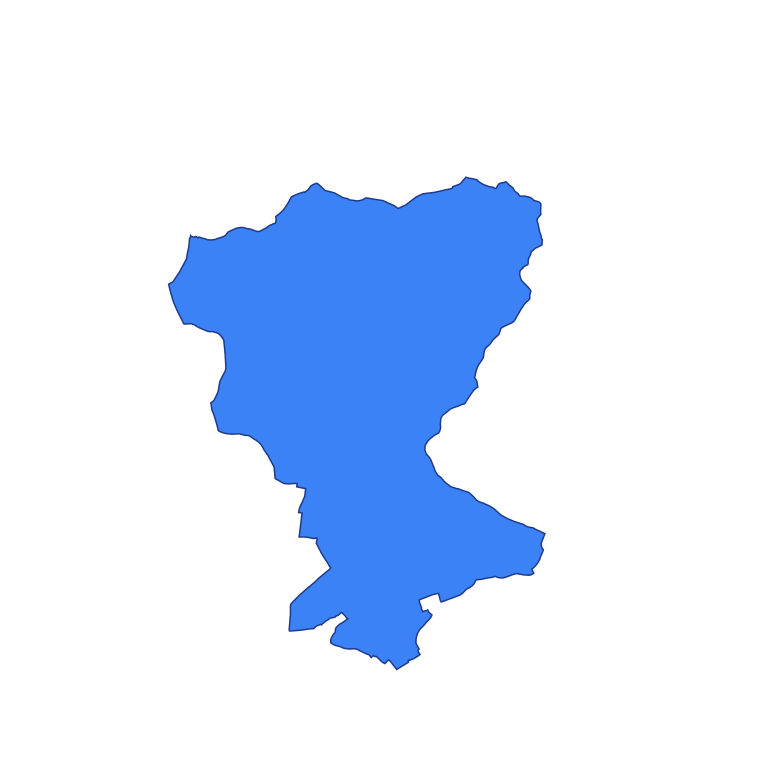 Camarasu, Cluj, Romania (Mercator projection), rotated 317°
{"feature_id": "2599482B70650065954419", "entity_name": "Camarasu", "entity_type": "district", "adm_level": 2, "iso_a3": "ROU", "parent_name": "Romania", "parent_adm1": "Cluj", "projection": "mercator", "projection_center": [24.122, 46.788], "detail": "fine", "context": "isolated", "style": "filled", "palette": "blue", "viewbox_px": 768, "rotation_deg": 317, "n_neighbors": 0, "source": "geoboundaries", "source_scale": "gbopen_adm2", "svg_char_len": 6171}
<svg xmlns="http://www.w3.org/2000/svg" viewBox="0 0 768 768"><g transform="rotate(317 384 384)"><path d="M591.3,298.2L589.2,294.8L586.4,291.3L585.0,288.7L581.1,289.0L576.6,289.6L574.8,289.1L568.8,286.6L568.0,287.3L566.2,286.9L561.2,283.8L551.8,278.4L542.1,271.4L534.9,269.1L522.0,267.9L514.0,265.3L512.9,260.2L508.4,249.3L497.8,235.6L493.5,234.5L489.6,232.2L484.2,225.6L483.8,223.5L482.2,221.6L481.1,219.7L478.0,210.3L475.0,205.5L473.9,204.0L472.8,202.0L472.6,196.4L472.3,193.4L471.7,191.4L471.4,191.1L468.3,189.8L465.6,189.3L460.6,190.2L456.6,189.7L456.5,189.0L451.1,186.4L445.7,184.5L443.7,184.0L437.9,186.0L433.6,187.2L428.7,188.1L423.4,188.2L421.3,187.8L419.3,187.7L418.8,187.9L418.5,188.3L417.9,189.6L415.2,191.8L413.9,192.4L413.0,191.7L409.7,190.4L407.3,189.8L404.4,189.5L397.3,187.6L395.7,186.4L394.7,185.0L392.2,180.0L390.3,177.4L389.8,177.0L388.1,174.0L386.7,172.4L384.3,170.6L382.0,169.3L374.5,166.7L372.9,166.6L369.7,167.2L368.3,167.1L363.9,165.3L361.5,164.0L359.2,163.2L356.4,161.3L353.4,158.3L351.9,155.3L350.8,153.8L348.9,150.3L348.0,150.5L347.6,150.2L347.3,148.3L346.8,147.6L345.9,147.2L345.0,147.0L344.7,146.3L343.7,144.8L343.9,143.6L342.4,144.6L341.1,144.9L335.8,149.7L333.1,151.8L329.0,154.5L325.3,157.6L323.8,158.2L309.6,163.0L307.8,163.3L299.6,165.3L298.9,165.2L294.9,164.1L294.5,164.2L291.8,168.9L287.1,178.0L285.5,181.7L282.9,188.9L278.6,203.5L278.7,203.8L284.1,208.4L285.5,210.9L287.2,216.9L291.2,225.6L292.1,226.7L294.4,228.8L296.9,233.1L297.4,234.7L297.5,236.5L297.3,240.1L296.7,242.7L287.8,254.3L279.0,264.8L276.2,266.5L273.4,267.3L266.3,269.9L263.0,272.2L258.3,275.9L254.9,277.6L248.3,280.1L244.5,279.7L240.4,285.8L238.3,291.2L233.6,300.6L231.1,304.9L231.1,305.7L231.8,307.4L233.2,310.3L234.9,312.8L238.4,316.8L243.5,321.1L244.3,321.9L247.0,326.2L249.8,329.4L250.6,331.1L250.8,333.4L252.1,338.0L252.7,341.6L252.7,342.9L252.6,345.1L252.0,348.1L251.4,350.0L250.3,357.6L249.0,362.2L247.0,369.8L240.0,378.8L240.0,379.5L241.4,383.4L242.4,387.0L243.4,389.1L247.1,392.9L249.7,394.8L252.0,397.0L252.5,397.7L250.0,399.6L255.3,407.1L249.6,412.0L243.3,414.8L241.2,415.5L237.6,417.1L233.8,419.8L236.1,422.5L217.6,438.0L221.3,441.4L224.6,445.3L226.3,448.0L227.9,449.7L230.0,450.8L228.8,452.2L227.2,453.1L226.7,454.1L225.8,454.4L225.1,457.3L224.2,459.8L223.7,462.3L222.7,465.4L220.6,477.1L219.9,479.6L219.7,480.8L219.8,482.2L217.5,482.4L204.1,481.5L199.2,481.7L194.1,481.4L192.6,481.5L190.4,481.1L178.1,480.8L166.8,481.3L165.5,481.6L164.8,482.0L164.1,482.6L158.8,488.4L147.4,498.7L146.4,500.0L146.5,500.3L154.7,506.9L161.4,511.5L165.7,514.9L168.7,514.8L171.0,515.5L173.9,516.7L173.9,517.4L179.9,517.7L182.1,518.3L185.0,518.5L188.5,520.8L189.6,521.2L191.1,521.0L192.4,521.9L197.3,522.1L197.3,524.9L197.5,526.0L197.2,529.5L197.4,530.9L191.4,530.3L187.6,529.4L183.6,529.4L182.5,529.6L180.6,530.7L179.3,532.1L178.7,532.4L176.6,532.5L173.1,533.5L170.5,534.7L170.2,535.3L168.6,536.7L168.6,537.3L169.5,540.7L170.3,542.3L171.8,544.5L173.6,547.7L173.9,548.9L174.9,550.6L177.0,553.0L177.9,554.3L180.0,555.8L181.7,557.4L183.9,560.4L184.1,562.1L185.0,564.0L185.7,566.0L187.2,569.7L188.3,571.5L188.4,572.7L188.0,575.2L191.2,575.6L191.7,577.5L192.6,578.1L193.0,586.5L193.6,587.9L194.0,589.1L199.2,588.9L199.5,590.9L198.6,601.4L212.3,604.2L213.0,602.6L215.4,604.0L218.3,605.1L224.2,606.3L225.9,606.4L226.2,604.1L226.5,602.7L227.7,601.9L229.0,601.7L230.2,596.5L231.2,594.3L231.7,594.4L232.4,593.4L234.9,591.3L237.4,589.8L239.1,589.0L243.0,587.9L247.9,587.7L253.3,587.1L256.8,587.0L260.1,586.4L261.6,585.5L261.3,584.0L261.2,582.0L261.5,580.3L261.9,579.1L260.5,578.7L259.0,577.7L257.0,576.8L257.8,575.0L257.8,574.1L258.1,573.7L258.7,573.5L261.0,568.1L262.5,565.9L275.0,570.8L276.4,571.5L281.1,574.3L277.6,580.7L277.2,582.4L278.5,583.1L295.7,590.2L299.1,590.6L304.1,590.3L306.2,590.9L311.4,591.8L313.0,591.6L316.1,590.7L317.0,590.0L318.2,590.4L322.1,593.3L327.1,596.3L331.1,599.1L334.1,600.5L335.1,602.7L335.8,603.8L338.4,606.8L341.2,608.3L349.5,611.8L351.8,613.2L355.9,618.8L359.9,623.0L361.3,623.7L362.9,624.3L364.5,624.4L365.6,620.5L365.7,620.2L368.0,620.4L371.7,620.2L374.4,619.7L378.4,618.4L379.8,617.5L386.7,614.4L387.6,613.8L387.7,612.2L388.0,610.9L388.8,609.3L389.2,609.3L389.7,608.0L399.6,603.2L395.7,593.4L394.9,590.8L391.6,586.5L389.8,581.0L385.5,573.4L382.4,566.4L380.7,561.3L380.3,559.7L380.0,557.8L379.4,550.5L378.4,546.6L377.4,543.8L375.1,538.3L373.3,535.1L372.7,533.0L372.5,531.9L372.6,527.4L372.2,522.2L371.9,521.0L370.9,518.9L369.4,516.4L367.1,511.7L365.6,509.7L362.5,504.2L362.6,502.9L361.7,498.6L361.6,495.9L362.0,492.0L361.2,487.4L361.3,486.1L361.6,484.4L362.1,482.5L363.6,479.0L366.6,471.2L367.1,468.6L367.2,464.6L367.4,463.6L368.0,462.0L369.0,460.2L372.1,457.0L377.4,455.6L380.8,455.4L386.5,456.0L390.5,457.1L392.4,456.6L394.4,455.4L395.7,454.5L398.0,451.6L401.9,448.1L404.0,447.2L405.5,446.9L415.8,447.7L418.9,448.8L423.0,450.7L427.3,452.2L428.8,453.2L429.7,453.4L430.6,453.3L433.7,452.3L441.1,450.6L445.6,449.7L449.2,449.9L450.4,450.3L453.5,445.7L454.1,444.4L454.5,441.3L459.5,437.8L463.5,435.5L466.5,434.4L472.8,433.0L474.9,432.2L479.3,428.7L481.4,427.5L482.7,427.2L484.0,427.0L487.4,427.2L489.8,426.9L494.2,426.0L501.9,426.1L507.7,423.0L511.4,423.8L519.4,426.5L521.5,426.8L524.7,426.1L527.1,425.2L534.8,422.9L541.1,421.4L544.0,421.0L546.2,421.3L548.1,421.3L549.0,420.8L551.3,418.3L554.4,416.5L554.9,415.8L555.3,413.5L555.4,411.0L555.2,403.1L555.4,401.1L557.8,396.6L559.8,394.6L561.3,393.9L564.8,393.9L565.0,393.5L568.7,394.1L570.1,394.7L570.7,394.7L571.6,394.2L573.5,392.2L575.2,391.0L576.5,390.4L579.4,389.4L581.0,388.2L582.1,387.8L587.3,387.9L593.3,389.8L594.3,389.9L594.9,389.7L596.8,387.6L598.0,386.8L598.2,386.4L598.7,384.5L599.8,383.0L601.9,378.4L606.1,371.5L607.1,369.3L608.4,368.0L609.3,367.5L614.1,367.1L616.9,363.9L621.2,359.7L621.6,359.1L621.6,357.2L621.4,356.3L618.9,352.1L618.4,347.9L617.5,346.1L614.9,342.4L611.4,339.1L611.9,336.2L611.1,332.0L612.0,328.9L611.9,326.9L611.2,323.8L611.3,321.3L611.1,319.2L609.1,318.4L607.7,317.4L605.1,316.1L603.9,316.1L601.8,316.6L600.0,317.3L598.9,317.0L598.5,316.2L597.8,314.2L595.7,311.8L592.7,305.8L591.4,301.1L591.1,298.4L591.3,298.2Z" fill="#3b82f6" stroke="#1e3a8a" stroke-width="1.5"/></g></svg>